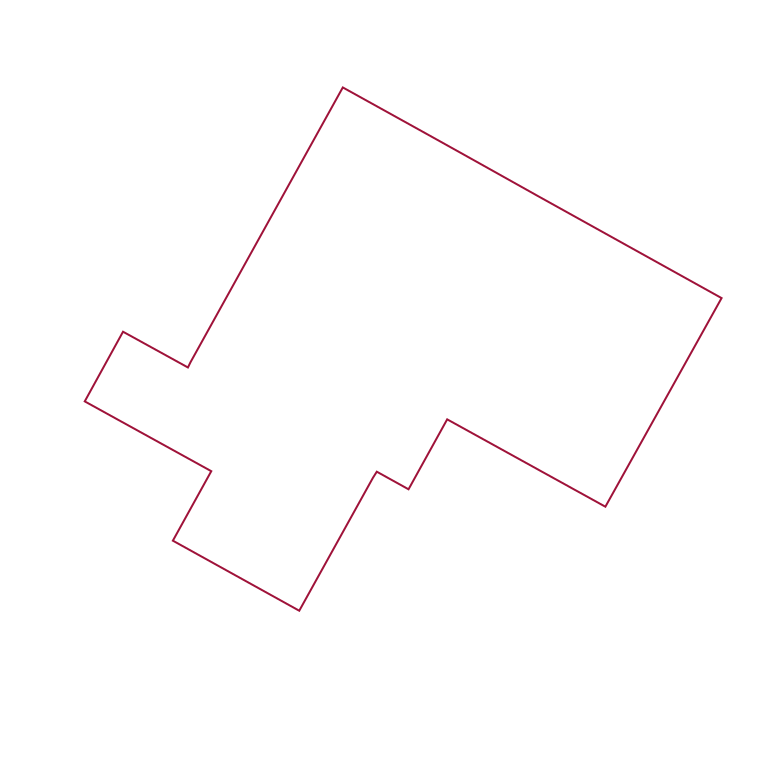 outline of Atoka, Oklahoma, United States of America, rotated 209°
{"feature_id": "52423323B50121009977051", "entity_name": "Atoka", "entity_type": "district", "adm_level": 2, "iso_a3": "USA", "parent_name": "United States of America", "parent_adm1": "Oklahoma", "projection": "equal_earth", "projection_center": [-96.026, 34.419], "detail": "fine", "context": "isolated", "style": "outline", "palette": "rose", "viewbox_px": 768, "rotation_deg": 209, "n_neighbors": 0, "source": "geoboundaries", "source_scale": "gbopen_adm2", "svg_char_len": 394}
<svg xmlns="http://www.w3.org/2000/svg" viewBox="0 0 768 768"><g transform="rotate(209 384 384)"><path d="M130.4,622.8L240.0,622.9L340.8,623.0L417.4,623.3L467.5,623.4L563.8,623.4L563.8,309.3L563.5,303.4L637.6,303.2L637.3,223.7L492.8,224.0L492.7,144.6L348.2,144.6L348.2,296.6L347.8,303.8L311.5,303.8L311.6,383.7L130.9,384.0L130.4,622.8Z" fill="none" stroke="#9f1239" stroke-width="2"/></g></svg>